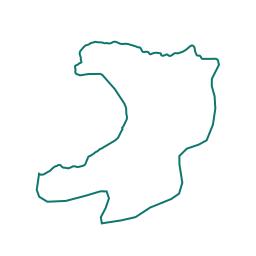 an SVG outline of Ihorombe, rotated 81°
{"feature_id": "MDG-5874", "entity_name": "Ihorombe", "entity_type": "Autonomous Province", "adm_level": 1, "iso_a3": "MDG", "parent_name": "Madagascar", "parent_adm1": "", "projection": "natural_earth1", "projection_center": [45.657, -22.685], "detail": "fine", "context": "isolated", "style": "outline", "palette": "teal", "viewbox_px": 256, "rotation_deg": 81, "n_neighbors": 0, "source": "natural_earth", "source_scale": "10m", "svg_char_len": 3264}
<svg xmlns="http://www.w3.org/2000/svg" viewBox="0 0 256 256"><g transform="rotate(81 128 128)"><path d="M200.8,87.8L204.9,96.4L210.0,118.5L217.2,134.5L218.2,149.2L218.1,161.5L218.1,168.8L211.9,168.8L203.7,162.7L194.5,157.8L187.3,159.0L186.2,165.1L188.2,179.9L190.3,200.8L188.2,219.2L182.0,226.5L174.8,227.8L159.3,223.0L159.9,222.4L160.3,221.8L160.5,221.3L160.6,220.5L160.7,219.7L160.6,218.7L160.3,217.4L159.5,215.8L158.3,212.2L157.7,211.1L156.5,209.6L155.0,207.1L154.6,206.1L154.3,204.0L153.8,202.8L153.7,201.8L153.9,200.9L154.5,200.3L156.0,199.3L156.6,198.7L157.1,197.9L157.5,196.1L157.8,195.2L158.2,194.3L158.4,193.4L158.4,192.4L157.9,190.4L157.6,189.4L157.3,188.4L157.3,187.4L157.6,186.4L158.4,184.7L158.7,183.8L158.7,183.0L158.3,178.3L157.9,176.9L157.3,176.1L156.5,175.5L150.7,172.0L150.2,171.5L149.9,171.0L149.6,169.6L149.4,169.0L148.0,166.0L147.1,164.4L146.4,162.8L146.3,162.3L146.1,161.7L144.5,159.1L144.4,158.9L144.3,158.3L144.1,157.2L143.9,156.7L143.1,155.1L142.8,154.1L138.2,142.6L136.6,140.0L136.2,139.4L130.3,135.2L128.4,133.6L127.1,133.9L125.2,132.0L119.2,127.9L117.2,127.3L113.7,127.4L108.4,126.8L107.3,126.9L103.3,127.8L87.6,134.9L71.5,145.1L70.2,147.0L68.5,158.9L68.5,167.1L67.3,169.1L66.9,170.1L65.8,171.1L65.3,171.2L64.8,171.3L64.2,171.3L62.8,170.8L61.7,170.7L59.9,170.8L58.9,170.7L58.4,170.4L58.1,170.0L58.0,169.5L57.6,167.9L57.2,167.1L56.9,166.7L56.4,165.8L56.2,164.6L55.9,163.9L55.5,163.6L55.1,163.6L53.7,163.9L53.2,163.9L51.6,163.7L51.1,163.6L47.9,164.1L47.1,164.1L45.8,163.8L45.2,163.5L44.7,163.2L42.3,160.5L41.4,159.4L40.8,158.6L40.5,158.3L40.3,157.9L40.1,157.4L39.8,156.7L39.7,156.1L39.5,154.3L39.3,153.8L39.0,152.8L38.7,152.3L38.4,151.6L38.3,151.0L38.2,150.4L38.1,149.1L37.9,147.6L37.8,146.9L37.9,146.3L38.6,144.4L39.4,140.5L39.8,139.5L40.3,138.7L40.5,138.2L40.6,137.7L40.7,137.3L40.8,135.9L40.8,135.5L41.0,135.1L41.5,133.7L41.6,133.2L41.6,132.5L41.6,132.0L41.5,131.4L40.7,129.1L40.7,128.4L40.7,127.8L40.7,127.3L40.9,126.8L41.1,126.3L43.4,122.8L43.8,121.8L44.1,120.7L44.3,118.1L44.5,116.9L45.1,114.8L48.5,107.7L49.0,106.9L49.3,106.5L49.6,106.1L49.8,105.6L50.0,105.1L50.0,104.5L50.2,104.0L50.5,103.6L50.8,103.3L51.7,102.9L53.5,102.3L54.8,101.7L55.1,101.4L55.4,101.0L55.5,100.5L55.5,100.0L55.4,98.9L55.4,98.4L56.1,96.4L56.3,96.0L56.7,95.8L58.0,95.2L58.4,94.9L58.6,94.6L58.7,94.1L58.6,93.5L58.2,91.8L58.0,91.1L58.0,90.4L58.0,89.1L58.2,87.9L58.3,87.4L58.7,86.4L59.1,84.8L59.3,84.3L59.6,84.0L60.1,83.9L61.2,83.8L61.5,83.6L61.8,83.2L62.1,82.1L62.1,81.4L61.9,80.5L61.5,79.2L61.4,78.4L61.5,77.8L62.8,76.5L63.1,76.2L63.3,75.7L63.4,75.2L63.3,74.4L63.0,73.3L62.0,71.6L61.6,70.6L61.4,69.8L61.5,69.3L61.6,68.7L62.0,67.7L62.0,67.2L62.0,66.6L61.3,62.3L61.1,61.6L60.8,60.9L60.3,59.5L59.1,57.2L57.3,54.4L56.7,53.0L56.4,52.0L56.6,51.5L56.8,51.1L57.4,50.5L57.8,50.2L58.6,49.9L59.6,49.7L63.1,49.7L66.5,48.8L66.9,48.6L67.2,48.3L67.4,47.8L67.6,46.7L67.8,46.2L68.0,45.8L68.3,45.4L68.7,45.2L69.1,45.0L70.1,44.7L70.5,44.5L70.9,44.3L71.2,43.9L71.4,43.5L73.3,31.1L73.4,30.5L73.6,30.1L73.9,29.7L74.1,29.3L74.5,29.0L74.9,28.8L75.3,28.6L75.8,28.5L78.6,28.4L79.7,28.2L92.6,37.5L99.9,38.7L110.2,37.5L122.5,38.7L138.0,43.6L152.4,52.2L155.5,60.8L157.6,73.1L163.7,81.7L172.0,82.9L182.3,82.9L190.5,82.9L200.8,87.8Z" fill="none" stroke="#0f766e" stroke-width="2"/></g></svg>